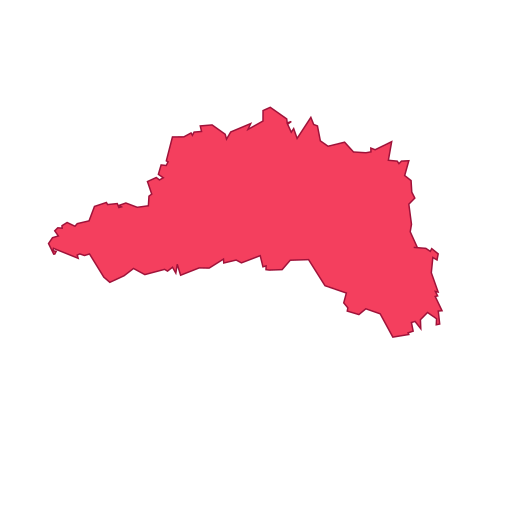 the district of Jiquipilas, Chiapas, Mexico, rotated 243°
{"feature_id": "50627088B19459757665748", "entity_name": "Jiquipilas", "entity_type": "district", "adm_level": 2, "iso_a3": "MEX", "parent_name": "Mexico", "parent_adm1": "Chiapas", "projection": "mercator", "projection_center": [-93.615, 16.574], "detail": "medium", "context": "isolated", "style": "filled", "palette": "rose", "viewbox_px": 512, "rotation_deg": 243, "n_neighbors": 0, "source": "geoboundaries", "source_scale": "gbopen_adm2", "svg_char_len": 1956}
<svg xmlns="http://www.w3.org/2000/svg" viewBox="0 0 512 512"><g transform="rotate(243 256 256)"><path d="M235.5,423.8L242.2,423.8L252.8,428.4L260.2,425.0L271.5,435.4L274.5,428.7L273.4,425.3L276.4,424.9L281.2,417.4L296.3,428.8L296.6,410.4L300.0,407.3L296.6,405.7L298.1,400.8L304.4,390.1L317.2,386.6L321.1,370.0L329.4,365.6L344.0,369.8L347.0,367.1L354.6,367.8L342.1,346.0L352.4,347.4L350.3,343.6L359.1,344.0L359.8,348.5L360.4,344.2L364.2,345.6L382.0,336.2L382.4,328.3L373.1,323.5L372.4,306.3L376.4,311.4L378.0,289.8L373.5,282.8L378.5,283.8L392.7,276.4L397.2,265.4L391.7,264.0L394.5,257.1L392.4,254.1L395.1,254.0L394.9,245.8L400.0,235.6L381.5,219.3L379.8,220.4L377.4,217.1L380.2,212.8L373.1,206.1L367.8,208.9L367.6,204.5L371.2,202.8L371.6,193.1L358.5,191.2L357.9,187.8L349.6,182.9L353.3,172.3L362.3,164.1L363.3,156.9L360.9,158.4L361.4,155.8L365.7,156.2L369.2,147.1L371.6,147.0L373.5,134.6L363.1,123.2L366.0,111.4L364.7,108.2L371.6,102.9L371.1,96.9L368.8,95.9L371.1,92.2L369.8,88.1L363.6,89.0L364.7,83.0L361.3,76.8L349.5,76.6L349.1,77.6L350.8,80.0L352.9,77.5L354.8,79.0L334.7,96.5L338.0,97.1L337.9,99.9L334.3,103.4L333.4,108.6L306.2,110.8L298.9,113.8L298.3,129.5L300.5,141.2L289.9,148.5L285.6,168.5L282.7,170.3L283.9,176.5L277.2,176.8L284.4,182.1L273.1,180.1L271.2,200.0L266.5,208.8L268.0,225.6L264.4,224.1L261.4,236.5L256.5,239.9L254.4,259.9L243.2,257.3L242.6,260.5L239.3,258.7L237.4,261.5L232.0,273.1L236.7,284.6L228.9,301.2L198.2,304.0L182.0,319.7L174.4,312.9L168.1,314.3L165.5,312.3L157.1,321.1L159.1,329.9L148.1,340.4L121.6,341.1L116.7,356.5L118.5,356.6L117.7,361.9L126.2,364.3L125.5,368.0L116.4,369.8L124.6,373.6L127.8,383.2L118.1,388.4L112.9,385.4L112.0,388.8L124.2,393.4L122.8,396.9L138.6,397.3L138.0,399.7L143.0,399.7L141.2,401.9L161.5,404.6L174.4,412.9L170.3,415.5L175.2,419.3L182.8,415.9L181.0,413.4L185.7,410.8L192.1,400.4L190.2,403.6L207.6,404.4L213.6,408.9L232.8,415.7L235.5,423.8Z" fill="#f43f5e" stroke="#9f1239" stroke-width="1.5"/></g></svg>